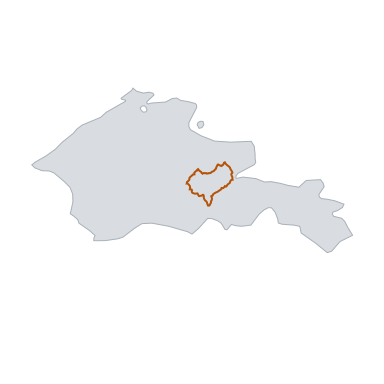 Martuni, Gegharkunik, Armenia shown in context, rotated 331°
{"feature_id": "60910142B24861736009361", "entity_name": "Martuni", "entity_type": "district", "adm_level": 2, "iso_a3": "ARM", "parent_name": "Armenia", "parent_adm1": "Gegharkunik", "projection": "robinson", "projection_center": [45.353, 40.06], "detail": "fine", "context": "in_parent", "style": "outline", "palette": "amber", "viewbox_px": 384, "rotation_deg": 331, "n_neighbors": 0, "source": "geoboundaries", "source_scale": "gbopen_adm2", "svg_char_len": 5142}
<svg xmlns="http://www.w3.org/2000/svg" viewBox="0 0 384 384"><g transform="rotate(331 192 192)"><path d="M171.6,228.8L168.8,224.5L154.8,210.5L141.8,199.8L132.9,195.4L123.9,195.9L109.9,198.0L104.8,197.1L92.6,192.5L82.5,187.0L83.9,184.7L86.1,183.0L83.6,175.9L78.0,164.4L78.7,160.8L76.9,155.8L75.0,152.0L83.0,143.0L86.7,135.8L87.5,128.7L85.5,121.4L80.4,108.1L77.2,104.3L71.2,100.7L66.3,94.8L65.0,90.6L69.3,89.8L81.6,89.7L93.5,88.3L102.8,85.5L116.4,83.2L122.0,81.1L128.5,80.2L148.2,82.4L155.6,80.7L177.8,80.4L178.4,79.5L175.4,76.7L175.4,75.6L188.6,73.9L190.7,72.5L192.4,77.0L197.4,81.9L202.8,83.9L205.7,86.6L205.8,88.7L196.2,91.2L195.6,92.5L196.2,93.7L199.1,94.3L212.5,100.5L220.2,100.7L224.3,102.5L226.3,106.2L232.7,111.3L237.8,116.2L238.1,117.9L237.2,120.3L222.8,129.9L221.0,133.2L220.8,136.7L227.1,147.1L236.4,158.4L249.9,167.1L268.4,176.4L268.6,182.2L265.7,189.1L263.2,193.8L262.1,197.0L259.8,198.3L241.4,198.0L238.6,199.1L237.4,200.5L237.3,201.6L243.9,203.7L254.3,211.2L260.3,218.4L266.5,221.5L273.5,227.3L279.1,232.7L287.8,239.6L297.5,237.3L310.4,243.5L311.0,247.7L310.2,251.4L302.1,255.5L301.1,257.2L301.1,258.6L302.1,260.6L306.9,264.0L312.6,268.9L319.0,276.3L316.1,278.5L310.2,278.8L305.6,277.9L304.0,279.4L304.1,281.9L310.1,287.5L311.3,291.6L311.1,298.7L311.5,307.7L297.4,307.1L285.4,311.5L280.9,310.6L277.8,303.0L275.3,296.7L267.6,280.8L269.6,274.3L265.4,270.6L255.1,263.8L252.5,261.0L253.9,257.1L254.9,250.1L253.9,244.4L251.2,242.7L246.0,242.6L239.8,244.0L227.4,249.5L218.7,246.0L213.7,242.5L210.8,239.5L204.3,242.0L202.7,240.8L202.4,233.4L200.4,229.5L196.5,224.9L192.9,222.7L179.6,227.2L171.6,228.8ZM192.4,98.5L192.8,95.8L192.2,93.5L190.1,92.7L187.4,93.3L187.2,96.0L188.0,98.5L190.7,99.6L192.4,98.5ZM235.0,138.9L231.9,140.5L229.1,139.8L229.1,135.7L231.1,134.1L233.5,134.2L235.8,135.6L235.0,138.9Z" fill="#d9dde1" stroke="#a8b0b8" stroke-width="1"/><path d="M192.4,183.0L192.8,184.1L193.0,185.6L192.8,186.4L192.4,187.5L191.3,188.6L192.4,189.3L192.9,189.8L192.9,190.3L192.0,191.5L191.9,192.0L192.0,193.0L193.3,194.5L194.3,195.2L196.1,195.9L196.1,196.8L196.0,198.7L196.3,199.1L197.1,199.3L198.8,199.9L200.2,199.7L200.5,200.0L200.4,201.2L199.6,202.5L199.3,203.6L199.3,205.1L199.5,206.1L200.0,207.2L200.0,208.2L199.4,211.6L200.1,212.1L200.6,212.2L200.9,212.2L201.5,211.6L202.3,211.2L203.0,210.9L203.4,210.5L204.0,209.4L204.5,209.1L205.0,208.9L205.7,208.2L206.3,207.4L206.5,206.6L206.7,205.1L206.9,204.9L207.2,204.9L207.9,205.2L208.4,205.1L209.1,204.4L209.8,204.1L212.0,204.0L212.9,204.0L214.1,204.2L215.3,204.1L217.0,203.9L217.9,203.9L218.5,203.8L219.3,203.4L219.6,202.9L219.9,202.8L220.2,203.0L220.8,203.6L221.3,203.7L222.0,203.4L222.8,203.4L223.3,203.2L223.7,202.8L224.1,203.2L224.3,203.7L224.5,203.8L224.9,203.6L225.5,203.5L225.9,203.3L226.3,202.9L226.6,202.7L227.2,202.7L228.0,202.5L228.9,202.5L229.6,202.3L230.5,201.3L231.3,200.8L232.2,200.6L232.8,200.7L233.4,201.0L234.6,198.2L234.6,197.5L234.6,196.9L234.8,196.1L235.1,195.3L236.0,195.0L236.7,194.7L236.9,193.3L236.8,191.3L236.8,190.1L237.0,189.2L236.7,187.6L236.0,186.2L235.5,184.9L235.1,183.3L235.2,182.0L235.0,181.9L234.9,181.9L234.7,181.9L234.4,181.9L234.2,182.0L233.9,182.1L233.8,182.3L233.7,182.4L233.6,182.5L233.4,182.6L233.2,182.8L232.9,183.0L232.6,183.2L232.4,183.3L232.1,183.3L231.9,183.3L231.7,183.3L231.6,183.2L231.4,183.2L231.3,183.3L231.2,183.3L231.0,183.5L230.9,183.5L230.7,183.5L230.4,183.6L230.2,183.4L230.1,183.2L229.9,183.0L229.8,182.9L229.7,182.8L229.7,182.7L229.4,182.5L229.3,182.3L229.2,182.2L229.0,181.9L228.9,181.7L228.7,181.4L228.6,181.2L228.5,180.9L228.4,180.8L228.3,180.7L228.2,180.6L227.9,180.5L227.7,180.5L227.4,180.7L227.3,180.8L227.2,180.9L227.0,181.1L226.8,181.2L226.7,181.2L226.3,181.5L226.2,181.5L225.9,181.7L225.8,181.8L225.6,182.0L225.4,182.1L225.1,182.3L224.9,182.5L224.7,182.7L224.6,182.8L224.5,183.0L224.4,183.0L224.2,183.1L224.0,183.3L223.9,183.3L223.6,183.4L223.5,183.5L223.3,183.5L223.0,183.6L222.9,183.6L222.5,183.7L222.3,183.8L222.2,183.8L221.9,184.0L221.7,184.1L221.4,184.2L221.1,184.2L220.8,184.2L220.7,184.2L220.4,184.2L220.2,184.1L219.7,184.0L219.3,184.0L219.2,184.0L218.9,184.1L218.7,184.1L218.3,184.2L218.0,184.2L217.9,184.3L217.7,184.3L217.4,184.3L217.2,184.2L216.9,184.2L216.7,184.1L216.3,183.9L216.2,183.9L215.9,183.7L215.7,183.6L215.4,183.6L215.2,183.6L215.0,183.4L214.9,183.4L214.7,183.4L214.4,183.3L214.3,183.2L214.0,183.1L213.9,183.0L213.7,182.9L213.5,182.7L213.4,182.6L213.4,182.4L213.4,182.2L213.2,182.1L212.8,182.0L212.7,182.0L212.5,181.9L212.4,181.8L212.2,181.7L211.8,181.3L211.7,181.3L211.6,181.2L211.4,181.1L211.2,181.0L210.9,181.0L210.6,181.1L210.4,181.1L210.2,181.1L210.2,180.9L210.2,180.7L210.0,180.4L209.9,180.4L209.8,180.2L209.7,180.1L209.7,179.9L209.7,179.7L209.7,179.3L209.7,179.1L209.6,178.8L209.6,178.7L209.5,178.4L209.4,178.3L209.4,178.2L209.2,177.9L209.1,177.7L209.0,177.4L208.9,177.2L208.8,176.9L208.7,176.7L208.5,176.2L208.5,175.9L208.5,175.7L208.4,175.7L208.5,175.6L208.5,175.3L208.4,174.9L206.2,175.5L203.4,176.2L202.7,177.8L201.0,177.1L200.0,177.6L198.0,177.9L196.4,178.6L195.8,179.8L194.9,180.3L192.4,180.9L191.6,181.9L192.2,182.0L192.4,183.0Z" fill="none" stroke="#b45309" stroke-width="2"/></g></svg>